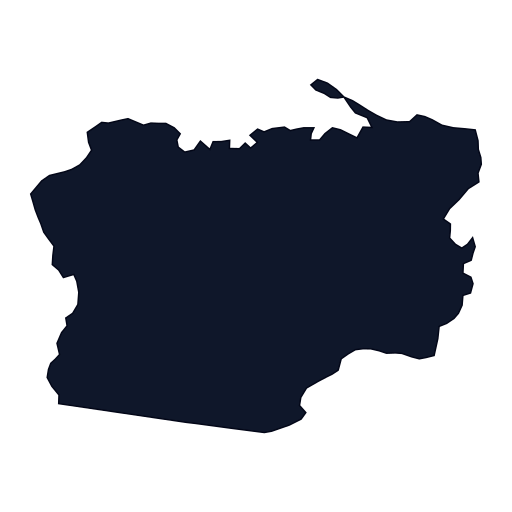 Fortim, Ceará, Brazil
{"feature_id": "56859067B63488334725218", "entity_name": "Fortim", "entity_type": "district", "adm_level": 2, "iso_a3": "BRA", "parent_name": "Brazil", "parent_adm1": "Ceará", "projection": "orthographic", "projection_center": [-37.861, -4.461], "detail": "fine", "context": "isolated", "style": "filled", "palette": "ink", "viewbox_px": 512, "rotation_deg": 0, "n_neighbors": 0, "source": "geoboundaries", "source_scale": "gbopen_adm2", "svg_char_len": 2147}
<svg xmlns="http://www.w3.org/2000/svg" viewBox="0 0 512 512"><path d="M478.9,181.9L478.0,173.1L481.3,164.3L480.8,157.5L478.3,149.4L478.0,140.7L475.2,129.9L464.9,128.8L453.3,127.8L441.9,125.2L432.2,119.8L424.8,116.6L417.0,114.9L409.6,121.7L397.4,122.0L386.4,120.0L376.5,115.3L368.1,110.5L360.8,105.8L352.7,100.8L343.9,97.0L350.7,107.1L355.4,112.9L367.2,117.7L372.0,127.5L363.0,127.1L357.0,137.9L349.4,134.2L340.5,129.8L332.4,127.8L325.0,133.6L319.6,140.0L310.5,140.0L311.2,133.6L313.9,127.8L303.8,127.8L296.7,129.1L290.3,130.6L284.5,127.1L272.2,128.6L264.1,131.9L257.6,129.1L250.0,135.3L257.4,142.4L250.6,148.1L245.2,143.1L239.5,148.7L229.4,148.5L229.7,140.3L221.3,141.6L213.1,141.7L209.9,149.5L200.4,141.1L194.1,150.0L184.7,152.1L178.2,147.1L176.8,139.9L180.2,133.8L174.2,127.8L165.8,123.4L158.0,123.4L150.9,123.1L143.5,125.2L136.8,122.4L128.0,118.7L121.7,120.0L108.4,123.1L101.7,122.4L95.9,126.5L87.3,132.3L88.6,142.3L91.6,150.2L86.5,157.8L79.8,164.9L71.7,169.4L64.7,171.8L49.5,175.5L41.7,180.9L30.7,194.0L33.0,201.8L35.3,209.9L38.3,217.7L40.8,223.5L43.8,232.2L48.6,238.9L54.0,246.1L52.9,255.2L52.3,264.6L58.7,270.0L63.4,277.5L73.8,274.4L76.8,281.2L78.8,292.3L77.9,304.5L72.7,313.3L65.8,318.0L67.1,325.8L61.6,332.6L57.0,343.3L59.6,354.5L55.3,359.2L50.8,363.3L48.5,369.4L47.2,377.5L51.9,386.3L59.0,395.0L58.7,403.6L186.6,422.4L195.3,423.4L232.4,428.4L264.3,432.5L271.6,431.2L289.4,425.0L301.1,419.1L305.8,412.6L299.5,405.5L300.8,397.4L306.5,388.0L318.0,381.4L326.1,377.1L332.2,374.1L338.2,370.1L341.2,358.8L348.3,353.8L355.3,349.7L363.1,348.7L370.8,348.8L379.3,350.8L386.4,353.2L395.4,352.9L401.9,353.4L411.6,356.8L419.3,358.8L426.1,357.5L434.1,355.5L437.8,338.7L439.1,326.4L446.6,323.4L454.0,318.4L458.4,313.3L462.1,305.2L462.9,295.4L470.5,293.0L473.0,283.7L470.9,277.2L462.9,273.1L463.4,263.6L471.2,260.2L473.0,253.1L475.2,246.7L472.6,237.7L467.5,244.3L461.8,248.1L455.4,244.3L449.6,238.0L450.3,230.5L450.4,224.0L443.3,219.0L449.6,208.6L459.1,199.5L468.3,188.6L478.9,181.9ZM343.9,97.0L336.5,89.6L327.5,83.2L317.6,79.5L310.9,84.9L315.9,90.0L324.3,93.4L330.5,97.4L337.8,98.0L343.9,97.0Z" fill="#0f172a" stroke="#020617" stroke-width="1.5"/></svg>